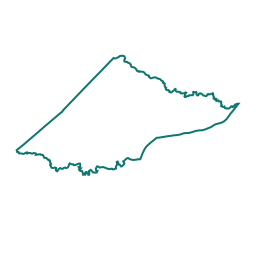 the district of Floresta do Araguaia, Pará, Brazil, rotated 44°
{"feature_id": "56859067B99934361851044", "entity_name": "Floresta do Araguaia", "entity_type": "district", "adm_level": 2, "iso_a3": "BRA", "parent_name": "Brazil", "parent_adm1": "Pará", "projection": "natural_earth1", "projection_center": [-49.514, -7.553], "detail": "fine", "context": "isolated", "style": "outline", "palette": "teal", "viewbox_px": 256, "rotation_deg": 44, "n_neighbors": 0, "source": "geoboundaries", "source_scale": "gbopen_adm2", "svg_char_len": 5781}
<svg xmlns="http://www.w3.org/2000/svg" viewBox="0 0 256 256"><g transform="rotate(44 128 128)"><path d="M158.5,141.9L158.1,140.9L156.0,135.9L154.6,131.6L154.5,130.9L154.2,128.9L154.2,126.7L154.2,125.9L154.4,123.9L154.5,122.1L154.8,120.7L155.3,116.3L155.3,115.4L156.2,114.2L156.9,113.6L158.1,111.9L160.3,109.0L161.2,107.7L163.3,105.0L164.7,103.4L165.9,101.5L166.5,100.9L167.5,99.9L168.6,98.5L170.1,96.4L171.0,94.6L171.4,93.7L172.7,91.9L173.3,91.3L175.3,89.2L176.1,88.0L176.6,87.0L177.2,86.0L177.6,85.2L179.0,82.7L181.3,79.8L181.8,79.3L182.9,78.2L183.4,77.4L184.5,75.4L185.4,73.3L186.4,71.2L187.0,69.7L188.1,65.2L189.3,62.9L190.4,61.3L191.3,59.7L192.3,57.3L192.6,55.4L192.7,52.7L192.2,49.8L192.3,48.6L191.9,47.8L191.8,46.6L191.5,42.3L191.1,38.3L190.8,35.8L190.6,33.8L189.9,34.5L189.6,35.1L189.2,35.9L188.8,36.5L188.8,37.6L189.2,38.1L188.9,38.7L189.1,39.6L188.7,40.3L188.2,40.0L187.7,40.1L187.2,40.6L187.3,42.3L187.2,43.0L187.0,43.9L186.7,44.4L186.1,44.8L185.4,45.1L185.2,45.7L184.0,46.3L183.4,46.1L182.4,45.5L182.1,46.0L181.8,46.8L179.8,47.6L179.4,47.0L179.4,46.3L178.2,45.9L177.7,45.3L177.3,44.7L176.7,44.3L176.1,44.6L175.5,45.1L175.1,45.7L174.5,45.5L173.9,45.4L173.6,46.1L173.0,46.4L172.8,47.1L172.3,46.8L171.6,45.7L171.0,45.8L170.6,46.3L170.7,47.1L170.0,47.2L169.2,47.3L169.1,46.6L168.6,46.0L168.0,46.2L166.7,45.3L166.2,45.3L165.9,44.6L165.4,44.1L164.8,44.1L164.3,45.5L163.6,46.7L162.8,47.8L162.1,47.8L161.8,48.4L162.1,49.0L162.1,49.8L162.2,50.6L161.8,51.1L160.4,51.7L159.8,52.2L159.2,52.3L157.7,52.2L157.0,52.3L156.4,52.8L155.8,52.9L155.4,53.4L155.3,54.1L155.5,54.8L155.8,55.5L155.4,56.3L154.2,56.3L153.6,56.1L152.7,54.9L152.1,54.7L151.7,55.4L149.9,56.7L150.3,57.3L151.0,57.5L151.4,58.1L151.5,58.8L151.8,59.4L150.8,60.3L150.3,61.0L149.7,61.5L149.3,62.0L149.4,62.7L149.2,63.3L148.6,63.7L148.2,64.3L148.2,65.2L147.4,66.2L146.7,66.1L146.2,64.9L145.7,64.4L145.5,63.8L145.5,63.1L145.3,62.2L144.7,62.4L144.3,63.8L143.0,65.5L142.4,65.8L141.9,66.4L141.1,66.4L140.8,65.9L140.2,66.1L139.7,66.5L139.1,66.8L138.1,67.9L137.5,68.1L136.8,68.2L136.3,68.0L135.8,67.6L135.4,67.0L134.8,67.1L134.7,67.9L134.9,68.6L134.8,69.3L134.5,71.0L134.6,71.8L134.1,72.7L133.5,73.1L132.6,73.3L132.5,72.7L131.8,72.5L130.6,72.7L130.1,73.5L129.4,73.6L128.4,74.0L127.7,73.4L127.6,72.6L126.9,72.5L126.3,72.7L125.7,72.6L125.1,72.3L124.7,71.6L124.2,71.4L123.6,71.1L123.5,70.5L122.8,70.6L122.0,71.2L121.4,71.0L121.3,70.4L120.5,70.1L119.2,70.7L118.5,70.7L117.8,70.5L116.8,70.7L115.9,71.2L114.7,72.0L114.0,72.0L113.3,72.2L112.4,72.6L111.7,73.5L110.7,74.9L110.5,75.6L109.8,76.5L108.8,76.6L107.6,76.7L107.1,75.9L106.3,75.9L105.7,76.5L104.8,76.8L104.3,76.8L103.7,77.2L102.1,77.1L101.6,76.8L101.1,76.9L100.3,76.9L99.8,77.1L98.8,78.0L98.2,78.3L97.7,78.7L97.4,79.4L96.7,79.9L96.2,79.6L95.7,80.4L95.1,80.6L94.3,80.5L93.7,80.2L93.0,80.0L92.3,80.1L91.7,79.9L90.8,80.0L89.6,80.6L89.1,81.0L88.6,81.4L88.0,81.6L86.6,81.0L86.1,80.5L85.5,80.3L84.8,80.5L84.1,80.3L83.4,80.6L82.9,81.0L81.5,81.0L81.0,81.5L80.4,81.8L79.8,82.4L79.3,82.6L78.7,82.3L78.1,81.8L77.7,80.2L77.2,79.6L76.4,79.4L75.7,79.1L75.0,79.1L74.2,79.6L72.4,81.4L72.1,82.0L72.1,83.2L71.8,83.7L71.6,84.5L70.9,86.2L70.4,86.9L69.8,87.5L69.0,87.7L69.0,109.3L68.9,116.6L68.9,132.0L69.0,160.7L69.3,161.3L69.2,162.0L69.4,162.7L69.0,163.5L69.0,164.4L66.8,186.4L66.6,188.9L66.6,189.5L66.5,190.3L66.3,190.9L66.4,191.7L66.2,193.8L64.8,208.2L64.5,211.8L64.4,212.8L63.3,221.3L64.2,221.8L64.9,222.2L65.4,221.6L66.0,221.3L66.5,221.8L67.2,222.0L68.5,220.8L69.2,220.4L69.8,219.8L70.4,219.5L71.1,218.9L71.3,218.1L71.7,216.5L72.2,215.9L72.6,216.5L73.3,216.5L73.5,215.8L73.9,214.8L74.4,214.4L75.3,213.7L75.8,213.7L77.1,212.9L77.4,211.7L78.1,211.0L78.8,210.6L79.4,210.4L80.0,210.4L80.3,211.3L81.4,210.1L81.8,209.6L82.1,208.8L82.7,208.4L83.2,207.7L84.0,207.7L84.7,207.3L85.2,206.6L86.1,206.8L86.8,206.8L87.5,207.3L88.5,207.6L89.1,206.9L89.8,206.6L90.2,206.2L90.9,206.4L91.7,206.4L92.4,206.5L92.9,205.9L93.5,206.2L93.8,205.7L94.5,205.7L95.1,206.2L95.6,206.8L96.3,207.1L97.5,207.1L97.8,207.9L97.6,208.6L98.3,209.0L98.9,209.0L99.5,209.4L100.6,209.7L101.1,209.4L101.7,208.9L102.4,208.2L102.8,207.3L103.9,206.7L104.6,207.3L105.3,208.4L106.0,208.6L107.1,208.4L107.1,207.4L106.6,206.0L106.9,204.8L106.9,204.1L107.5,203.7L108.4,203.5L109.2,203.1L109.7,200.8L110.3,200.1L110.9,200.0L111.7,199.5L112.0,198.1L111.9,197.1L111.5,196.1L110.9,195.2L110.7,193.9L112.1,193.5L113.2,192.9L113.5,192.4L114.2,192.0L114.7,192.3L115.4,191.9L115.9,191.2L116.0,190.6L116.6,189.8L116.8,188.8L117.3,187.8L118.3,187.0L119.5,188.0L120.1,188.5L120.7,189.6L120.1,189.6L119.6,190.4L120.3,190.8L121.6,190.4L122.1,189.9L122.2,191.4L122.0,192.1L122.9,192.2L123.8,191.8L124.3,191.2L125.0,190.9L125.8,191.4L126.5,191.5L127.1,192.2L127.6,192.4L128.2,192.8L128.6,192.3L129.3,191.7L129.7,191.2L129.4,190.6L128.7,190.9L128.1,189.3L128.7,188.6L130.1,188.7L131.2,188.4L131.8,189.2L132.4,188.9L132.1,187.9L131.2,187.1L130.8,186.5L129.9,186.5L129.8,185.7L130.1,185.0L130.2,184.0L131.6,184.0L133.8,184.3L134.5,183.5L135.8,182.6L136.4,181.6L135.8,180.2L135.4,180.7L134.6,180.7L133.9,180.2L133.0,179.5L132.7,178.0L132.4,177.2L133.3,176.4L134.8,176.3L135.4,175.8L136.1,174.7L136.7,174.0L137.2,173.4L138.7,172.7L140.2,172.0L141.1,171.7L142.0,171.4L142.8,170.4L143.4,170.2L144.1,169.7L144.4,168.6L144.9,168.3L146.1,168.2L146.5,167.5L146.9,166.7L147.5,165.5L146.9,165.0L146.3,164.4L146.0,163.8L145.7,163.1L145.7,162.0L145.0,161.3L143.5,160.3L143.9,159.3L145.4,159.9L146.8,160.6L147.6,160.1L149.7,160.5L150.2,159.9L150.2,159.0L150.3,158.1L150.3,156.8L150.0,156.0L149.0,155.7L148.3,155.6L147.7,155.3L148.1,154.4L148.1,153.4L148.0,152.2L148.3,151.3L148.4,150.2L149.0,149.5L150.4,149.3L152.8,148.2L153.7,147.6L154.6,146.6L155.0,146.1L155.7,145.4L156.4,144.4L156.7,143.7L157.6,142.9L158.5,141.9Z" fill="none" stroke="#0f766e" stroke-width="2"/></g></svg>